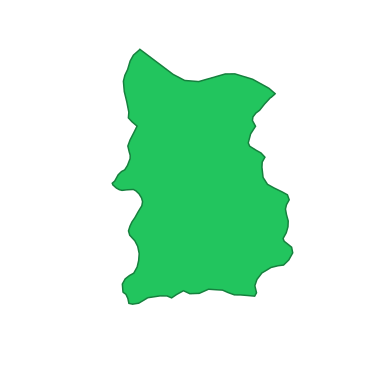 map outline of Bitola (Mercator projection), rotated 209°
{"feature_id": "MKD-2896", "entity_name": "Bitola", "entity_type": "Statistical Region", "adm_level": 1, "iso_a3": "MKD", "parent_name": "North Macedonia", "parent_adm1": "", "projection": "mercator", "projection_center": [21.29, 41.04], "detail": "fine", "context": "isolated", "style": "filled", "palette": "green", "viewbox_px": 384, "rotation_deg": 209, "n_neighbors": 0, "source": "natural_earth", "source_scale": "10m", "svg_char_len": 1658}
<svg xmlns="http://www.w3.org/2000/svg" viewBox="0 0 384 384"><g transform="rotate(209 192 192)"><path d="M306.7,291.5L265.6,285.7L252.5,286.0L239.7,291.8L220.2,311.3L211.8,316.1L193.6,320.0L175.0,320.0L166.9,318.3L166.9,318.2L168.6,313.3L169.2,312.3L171.2,304.1L172.5,296.3L174.4,292.0L175.1,287.2L173.8,283.8L168.3,280.3L168.9,271.2L166.6,262.2L163.7,260.0L156.2,259.6L150.6,259.6L145.1,257.8L145.1,252.2L142.8,247.5L136.9,239.2L129.7,235.3L122.2,235.3L113.0,235.8L107.2,235.8L103.2,232.3L103.2,226.7L102.0,222.4L98.4,218.0L93.8,213.3L91.2,208.1L89.8,202.0L89.8,195.5L87.5,193.6L78.1,192.0L74.4,187.6L74.4,179.5L76.5,172.5L81.0,169.2L86.3,164.3L91.6,155.1L92.8,147.0L91.6,140.5L86.7,135.1L86.7,131.3L86.9,131.2L92.8,128.6L100.1,125.3L105.0,122.6L112.0,121.5L117.7,121.0L124.6,117.7L130.4,115.0L136.5,106.9L144.6,102.0L151.6,101.5L155.7,95.0L158.5,89.5L163.4,89.0L169.5,85.7L179.4,78.1L184.7,68.9L189.6,65.1L190.6,64.8L193.2,64.0L196.5,67.8L200.2,70.5L203.6,70.9L204.3,71.7L208.3,77.7L208.3,83.7L206.2,88.6L203.6,92.8L203.6,99.8L205.4,106.1L208.3,112.5L213.1,118.1L218.3,121.6L225.5,124.0L228.7,127.2L229.7,132.1L230.0,136.7L229.5,141.9L229.5,148.6L229.2,155.6L230.5,159.5L233.2,162.3L237.4,164.7L241.6,165.8L244.5,165.8L250.1,162.3L254.0,159.5L256.7,158.8L260.1,158.8L264.6,159.8L266.0,161.0L264.9,164.1L264.9,171.4L263.6,175.7L261.6,178.7L261.3,183.9L262.3,191.2L263.9,194.2L266.5,196.8L270.4,201.1L271.4,207.5L271.7,217.4L272.0,223.0L278.5,224.3L283.6,226.0L285.9,231.1L292.8,239.3L299.9,247.0L305.7,255.6L307.3,261.6L307.7,268.0L309.6,276.6L309.6,283.1L309.4,283.9L306.7,291.4L306.7,291.5Z" fill="#22c55e" stroke="#15803d" stroke-width="1.5"/></g></svg>